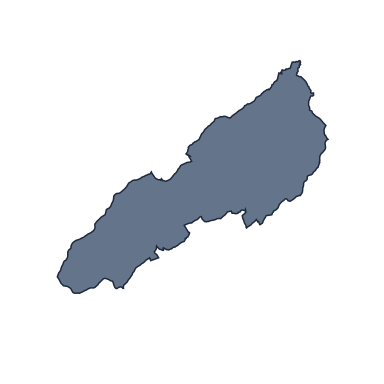 Licurici, Gorj, Romania (Equal Earth projection), rotated 240°
{"feature_id": "2599482B7592331780028", "entity_name": "Licurici", "entity_type": "district", "adm_level": 2, "iso_a3": "ROU", "parent_name": "Romania", "parent_adm1": "Gorj", "projection": "equal_earth", "projection_center": [23.618, 44.895], "detail": "fine", "context": "isolated", "style": "filled", "palette": "slate", "viewbox_px": 384, "rotation_deg": 240, "n_neighbors": 0, "source": "geoboundaries", "source_scale": "gbopen_adm2", "svg_char_len": 6091}
<svg xmlns="http://www.w3.org/2000/svg" viewBox="0 0 384 384"><g transform="rotate(240 192 192)"><path d="M244.8,314.7L244.4,314.5L243.1,313.0L242.7,311.6L241.9,310.2L242.4,309.7L242.8,309.7L242.8,309.2L242.6,309.2L243.2,307.9L242.9,306.3L243.0,304.6L242.5,302.9L242.3,301.3L241.6,300.3L241.4,299.4L241.8,294.9L240.0,292.2L239.6,291.1L239.5,287.0L239.6,285.8L240.5,284.2L240.2,282.2L240.4,280.7L239.3,279.1L238.9,276.3L238.9,274.3L239.1,273.6L238.8,272.8L238.6,270.9L238.3,270.0L238.0,266.3L237.7,264.4L237.0,262.2L238.3,260.6L240.5,259.0L241.3,258.0L241.8,256.9L241.7,256.3L243.1,254.1L243.0,252.1L243.4,250.4L244.0,248.9L242.1,246.4L241.4,242.4L240.7,240.7L240.9,239.1L240.3,237.4L239.8,234.7L238.0,231.4L237.6,229.5L233.8,224.2L233.9,222.5L233.7,220.6L234.1,219.7L233.8,218.6L233.8,217.2L233.3,216.5L233.1,215.5L233.4,214.3L233.4,213.3L232.5,211.0L231.3,210.7L230.9,209.9L229.2,208.5L228.2,206.6L228.0,205.9L227.3,206.1L225.6,207.6L225.0,207.8L225.4,207.1L224.0,207.9L224.2,207.4L224.1,207.0L218.8,207.1L218.9,205.2L220.1,202.4L220.3,199.4L220.6,197.0L220.6,195.5L218.9,192.4L218.8,191.4L217.6,189.8L216.9,188.3L216.5,187.3L216.4,185.9L216.0,185.1L215.7,183.9L215.0,183.1L214.7,181.6L214.0,180.0L214.0,177.7L214.4,174.5L216.1,173.2L216.7,171.9L216.9,171.8L217.4,172.3L218.8,172.2L218.1,170.6L218.7,170.4L219.5,168.9L222.4,167.1L228.7,166.6L229.7,166.9L229.5,166.2L228.8,165.6L228.6,164.4L229.2,163.1L229.2,161.3L229.6,159.9L229.4,158.8L229.9,155.7L229.5,154.1L230.1,150.0L231.1,148.2L231.7,146.3L231.3,144.1L231.4,143.3L231.4,141.7L229.2,137.8L228.2,134.6L227.3,129.7L227.3,128.3L228.5,125.7L228.1,123.5L227.7,122.4L224.0,119.6L221.7,116.1L220.4,114.7L219.9,113.5L219.4,111.7L219.7,110.9L219.6,109.1L215.8,105.5L215.6,100.6L214.8,98.0L214.3,95.5L212.9,92.0L212.5,91.6L209.8,90.3L209.1,89.8L207.8,87.7L207.3,84.0L207.6,80.6L207.3,79.1L207.3,77.5L207.0,76.2L207.0,75.1L207.3,73.3L207.2,71.3L208.1,67.2L207.8,63.9L206.9,61.8L205.7,60.3L204.0,59.1L203.7,58.5L203.4,56.2L202.1,54.4L198.1,52.0L197.0,50.6L196.0,48.8L196.1,47.5L195.6,45.9L193.7,43.9L192.8,42.2L191.5,40.6L190.4,39.7L189.2,37.9L188.7,36.3L185.8,32.9L183.1,33.2L178.7,32.9L175.0,33.8L172.7,36.8L169.7,38.5L169.0,38.7L164.8,38.6L163.9,39.0L162.8,40.1L161.5,42.7L160.6,43.9L160.2,48.6L160.3,49.8L160.0,50.9L160.0,54.3L159.8,55.7L159.1,57.4L158.2,58.6L157.9,60.2L158.8,64.1L159.8,66.1L159.8,66.8L160.9,70.8L161.1,71.8L160.8,73.4L159.3,74.9L157.4,76.5L156.2,76.8L154.3,78.7L150.4,77.8L147.8,77.5L146.7,77.8L146.2,78.2L145.9,79.2L146.1,80.4L145.6,82.8L144.3,83.8L143.1,84.0L142.8,84.5L144.2,85.1L145.4,86.3L146.4,90.7L147.7,92.8L148.5,95.1L150.3,98.8L151.6,100.2L152.0,101.7L152.8,103.1L153.6,104.0L154.4,105.6L154.6,107.8L154.6,110.6L155.1,112.7L155.0,114.6L156.0,118.3L156.0,120.6L156.2,122.3L155.3,122.4L154.4,122.0L153.2,121.9L151.7,130.2L155.3,130.2L157.6,129.3L158.6,129.3L159.1,129.5L159.4,130.6L160.5,132.5L162.9,134.3L160.1,134.8L158.5,135.4L157.5,136.5L155.9,137.6L155.8,138.0L156.1,138.0L156.7,139.0L157.8,138.8L158.0,139.3L155.0,141.0L154.4,141.6L154.4,142.0L153.5,142.7L153.4,144.6L153.0,146.1L153.5,148.0L152.8,149.8L153.0,152.0L152.9,153.0L153.4,155.2L153.6,157.7L153.1,160.5L154.3,162.5L155.0,162.8L154.7,163.2L154.7,163.8L155.2,164.1L155.4,165.1L155.1,165.7L155.6,166.5L156.8,168.5L157.9,169.5L158.5,169.3L158.6,168.8L167.1,168.6L166.8,171.4L166.2,174.7L165.3,176.2L165.7,177.9L165.8,180.7L165.5,182.9L166.4,186.3L166.1,187.7L163.4,187.3L160.2,188.1L159.0,189.5L158.7,190.8L158.1,191.8L158.0,193.5L156.5,197.8L156.3,200.4L155.6,202.2L154.8,203.1L154.6,203.6L155.3,206.5L155.7,209.3L156.6,211.8L157.1,212.7L155.8,216.4L153.6,216.1L152.5,217.8L151.3,219.0L150.6,221.1L151.2,222.1L150.7,223.6L150.9,224.3L151.3,224.8L151.6,226.2L149.5,228.4L149.6,229.0L150.1,229.5L149.3,229.3L148.9,228.8L147.9,228.8L148.1,228.4L147.0,227.3L146.9,225.6L146.3,223.6L143.0,222.6L142.4,222.8L139.4,222.0L136.0,222.0L135.2,221.8L134.8,221.3L133.6,221.2L133.9,222.5L134.1,226.7L134.8,228.6L135.2,231.8L136.0,234.0L133.6,234.0L133.8,234.3L133.1,234.9L129.9,234.3L129.7,234.7L129.8,237.3L130.1,237.9L131.2,239.0L132.9,241.8L133.2,242.7L134.2,243.9L134.2,245.3L133.6,246.4L133.0,248.2L132.6,248.9L132.4,249.8L133.5,251.0L133.9,251.7L134.0,252.5L134.8,253.6L134.5,255.4L135.1,258.2L135.6,259.0L136.8,260.4L137.8,262.0L138.7,265.1L138.8,267.2L139.4,269.2L139.2,270.0L138.7,270.4L137.8,270.8L136.4,270.8L135.0,272.2L134.9,274.0L135.2,277.4L135.9,280.1L135.5,281.9L135.5,283.0L134.9,283.7L134.8,284.1L136.2,286.8L136.9,287.7L138.6,289.0L139.4,289.3L141.7,291.7L144.1,293.3L144.8,294.8L144.8,296.5L145.1,297.6L146.5,298.9L147.7,299.4L147.9,299.7L148.0,301.3L147.3,303.8L147.5,305.4L148.5,307.2L149.0,309.8L150.2,311.9L150.3,313.5L152.4,315.7L153.7,317.4L154.3,317.3L155.1,318.3L157.0,319.2L159.2,320.7L160.7,323.2L160.8,324.5L162.1,328.0L162.8,329.1L163.9,330.0L167.8,331.6L169.3,333.5L169.7,335.1L169.5,336.1L171.6,335.7L174.3,335.9L174.4,335.5L176.1,335.6L179.7,337.3L181.3,339.0L182.6,341.2L186.8,340.2L190.6,339.6L192.2,339.1L195.8,337.1L200.3,335.8L201.6,336.2L202.3,336.1L203.3,335.5L203.9,334.8L204.9,335.1L205.4,335.7L206.8,336.2L208.5,336.3L209.3,336.6L212.5,338.6L213.0,339.6L215.1,341.9L215.5,342.5L215.6,343.1L214.9,344.3L214.9,345.6L217.0,346.7L217.6,345.2L217.9,345.2L218.4,344.6L219.0,344.6L220.3,345.7L223.2,345.4L224.5,345.8L226.0,345.3L228.2,345.8L229.2,345.6L230.3,345.8L231.7,345.6L237.3,344.0L238.6,342.3L239.6,341.9L240.2,341.2L241.0,340.9L241.8,341.7L242.2,342.3L243.0,342.7L243.4,344.2L246.0,345.3L246.4,346.0L246.2,346.7L246.6,347.5L248.2,348.3L248.2,348.9L247.9,349.3L248.0,349.7L249.8,350.0L249.7,350.4L250.3,350.7L250.4,351.0L251.5,351.1L252.0,350.9L252.2,350.2L251.8,348.7L253.0,347.4L252.7,346.3L254.1,344.7L254.0,344.0L254.3,343.6L251.5,340.4L251.2,340.4L250.0,338.4L250.6,337.7L250.8,335.5L251.3,335.4L251.5,334.7L250.8,333.8L251.8,331.8L252.5,331.4L252.7,331.1L252.4,330.6L249.4,328.7L249.7,328.4L251.3,328.9L250.9,327.2L251.6,326.7L246.9,322.3L246.4,321.3L246.1,321.2L246.0,320.4L246.3,319.8L246.0,319.1L246.1,318.7L245.7,317.6L244.7,316.2L244.8,314.7Z" fill="#64748b" stroke="#1e293b" stroke-width="1.5"/></g></svg>